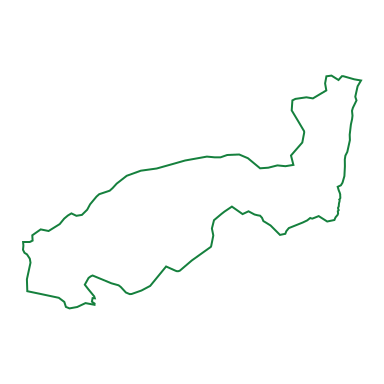 Numan, Adamawa, Nigeria (Robinson projection)
{"feature_id": "59680162B26521045145337", "entity_name": "Numan", "entity_type": "district", "adm_level": 2, "iso_a3": "NGA", "parent_name": "Nigeria", "parent_adm1": "Adamawa", "projection": "robinson", "projection_center": [11.846, 9.467], "detail": "fine", "context": "isolated", "style": "outline", "palette": "green", "viewbox_px": 384, "rotation_deg": 0, "n_neighbors": 0, "source": "geoboundaries", "source_scale": "gbopen_adm2", "svg_char_len": 2108}
<svg xmlns="http://www.w3.org/2000/svg" viewBox="0 0 384 384"><path d="M94.5,304.8L94.6,303.6L91.9,301.7L92.6,298.1L94.8,298.3L94.2,296.4L92.0,293.7L88.3,289.2L84.8,284.7L88.6,277.9L90.8,276.3L92.6,275.5L111.4,283.3L118.6,285.3L120.8,287.0L125.9,292.5L129.7,294.1L131.6,294.0L141.5,290.5L150.2,285.9L166.1,266.5L175.7,270.8L176.9,271.2L178.3,271.2L179.8,270.7L191.9,260.4L210.8,246.9L211.2,246.0L213.3,235.5L213.2,234.9L211.9,228.5L214.0,220.2L221.5,213.9L224.6,211.5L231.9,206.6L242.6,214.1L248.5,211.3L254.5,214.5L257.7,215.3L260.1,215.7L262.0,217.8L263.4,221.1L265.6,222.4L270.6,225.5L280.0,234.9L285.3,233.8L286.3,231.2L288.8,228.1L302.8,222.5L307.2,220.4L310.2,218.0L310.9,218.3L312.4,218.6L318.7,216.1L327.2,221.5L334.4,220.0L335.5,217.4L337.6,214.9L338.1,213.5L338.0,212.8L337.8,211.2L338.2,210.8L338.7,210.1L338.1,208.7L338.1,207.6L338.7,206.6L339.0,203.2L339.2,202.6L339.4,201.8L339.6,200.9L339.6,200.1L339.3,199.5L339.6,199.3L339.9,198.9L340.3,198.1L340.3,197.1L340.2,195.8L340.2,194.4L339.7,192.7L338.7,190.2L337.7,186.8L340.9,185.3L342.5,182.7L344.4,176.1L344.9,166.3L344.8,159.5L345.4,155.6L347.3,151.9L348.1,148.3L349.9,140.1L349.7,134.7L350.9,124.5L352.1,119.0L352.5,115.7L352.0,110.8L352.9,107.8L356.5,100.4L355.5,97.5L355.3,96.6L357.6,86.3L361.0,80.5L354.2,79.3L343.3,76.2L341.9,76.2L338.5,80.0L331.5,75.6L326.4,76.3L325.1,83.4L326.3,90.4L312.9,98.4L306.4,97.3L295.4,98.9L292.4,100.4L291.7,110.4L297.9,120.7L304.1,131.2L304.2,132.6L302.3,142.5L291.0,155.5L293.4,164.9L285.4,166.2L277.4,165.4L268.3,167.7L260.1,168.3L247.9,158.2L239.2,154.5L227.2,155.0L220.6,157.3L214.3,157.3L206.9,156.6L185.1,160.5L174.2,163.6L156.7,168.5L140.8,170.7L126.7,175.8L116.7,183.6L112.6,188.1L109.7,190.7L99.2,194.2L96.5,196.6L90.1,204.3L87.2,209.7L81.9,214.9L76.4,215.8L71.4,213.4L67.9,215.5L64.2,218.6L59.7,224.1L48.6,231.0L40.7,229.4L32.3,235.3L32.6,240.6L29.7,242.0L23.1,242.0L23.4,245.7L23.0,249.8L24.5,252.8L27.0,254.4L29.8,258.7L30.5,262.7L26.9,279.3L27.3,291.2L40.8,294.0L58.8,297.8L64.3,301.9L65.9,306.9L69.5,308.4L77.2,307.0L85.5,303.1L94.5,304.8Z" fill="none" stroke="#15803d" stroke-width="2"/></svg>